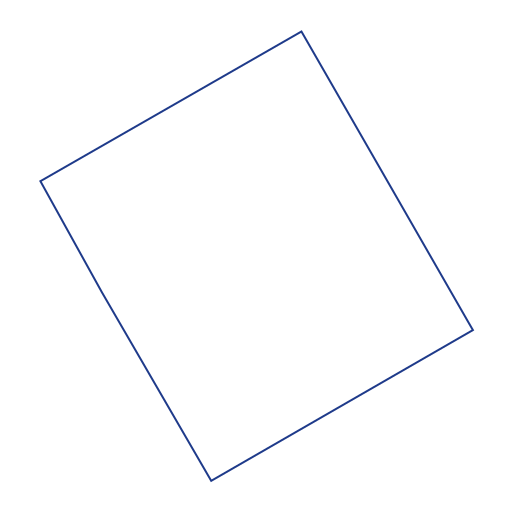 outline of Lincoln, Oklahoma, United States of America, rotated 150°
{"feature_id": "52423323B68871518650503", "entity_name": "Lincoln", "entity_type": "district", "adm_level": 2, "iso_a3": "USA", "parent_name": "United States of America", "parent_adm1": "Oklahoma", "projection": "natural_earth1", "projection_center": [-96.891, 35.702], "detail": "fine", "context": "isolated", "style": "outline", "palette": "blue", "viewbox_px": 512, "rotation_deg": 150, "n_neighbors": 0, "source": "geoboundaries", "source_scale": "gbopen_adm2", "svg_char_len": 271}
<svg xmlns="http://www.w3.org/2000/svg" viewBox="0 0 512 512"><g transform="rotate(150 256 256)"><path d="M407.6,301.6L407.2,83.7L105.2,83.4L105.2,93.8L104.8,240.1L104.4,427.7L207.1,428.0L405.3,428.6L407.6,301.6Z" fill="none" stroke="#1e3a8a" stroke-width="2"/></g></svg>